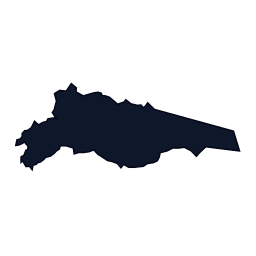 outline of Selladi tou Appi, Nicosia, Cyprus, rotated 271°
{"feature_id": "46923920B45268143409663", "entity_name": "Selladi tou Appi", "entity_type": "district", "adm_level": 2, "iso_a3": "CYP", "parent_name": "Cyprus", "parent_adm1": "Nicosia", "projection": "albers", "projection_center": [32.619, 35.151], "detail": "fine", "context": "isolated", "style": "filled", "palette": "ink", "viewbox_px": 256, "rotation_deg": 271, "n_neighbors": 0, "source": "geoboundaries", "source_scale": "gbopen_adm2", "svg_char_len": 1370}
<svg xmlns="http://www.w3.org/2000/svg" viewBox="0 0 256 256"><g transform="rotate(271 128 128)"><path d="M100.9,196.9L104.2,199.6L110.6,206.1L107.0,239.9L126.7,233.5L147.0,154.2L153.5,147.2L150.4,145.2L148.5,143.1L151.2,140.6L150.8,137.0L152.2,130.6L156.2,125.3L153.9,123.6L151.6,117.3L158.4,108.9L159.7,105.0L159.9,101.5L162.3,100.7L163.2,97.6L162.5,92.9L159.3,82.8L163.2,75.4L167.3,75.6L171.4,70.5L163.8,65.6L164.4,59.0L161.1,53.9L153.7,56.0L145.0,53.9L142.1,52.1L135.3,56.6L136.8,53.9L135.8,47.8L132.9,46.3L132.3,43.2L129.6,38.5L133.1,34.4L130.8,33.4L126.7,31.3L125.0,29.3L123.6,27.0L123.6,24.8L120.7,22.3L117.6,22.3L115.2,20.5L114.3,17.2L108.6,16.1L108.8,17.8L109.6,20.4L112.4,25.4L110.5,25.8L109.9,26.9L107.5,28.5L104.4,27.8L104.0,26.3L99.1,24.5L97.9,23.2L97.8,22.0L96.8,21.5L91.8,21.7L93.3,23.3L87.7,26.6L87.9,30.2L84.6,32.9L89.2,33.7L89.9,36.6L91.9,38.6L92.2,40.6L95.0,44.3L97.2,46.1L98.5,50.8L101.2,54.5L103.6,56.6L105.8,59.7L109.1,60.6L109.1,66.7L107.0,73.7L101.2,74.6L102.7,79.5L102.7,83.7L103.6,89.5L105.5,94.1L101.2,98.4L99.4,101.4L97.6,104.2L95.1,108.1L94.2,112.7L92.4,117.9L88.1,121.6L91.5,124.3L88.8,129.2L88.8,134.7L89.4,139.3L90.0,144.1L92.7,147.8L93.3,151.1L93.9,154.2L95.7,157.9L99.4,159.7L103.9,160.6L105.8,167.6L108.8,173.1L108.8,178.6L109.7,184.7L106.4,191.4L100.9,196.9L100.9,196.9Z" fill="#0f172a" stroke="#020617" stroke-width="1.5"/></g></svg>